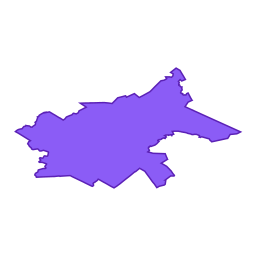 the district of Tilžas pag., Balvu, Latvia
{"feature_id": "27541924B42747545330517", "entity_name": "Tilžas pag.", "entity_type": "district", "adm_level": 2, "iso_a3": "LVA", "parent_name": "Latvia", "parent_adm1": "Balvu", "projection": "equal_earth", "projection_center": [27.384, 56.906], "detail": "fine", "context": "isolated", "style": "filled", "palette": "violet", "viewbox_px": 256, "rotation_deg": 0, "n_neighbors": 0, "source": "geoboundaries", "source_scale": "gbopen_adm2", "svg_char_len": 5321}
<svg xmlns="http://www.w3.org/2000/svg" viewBox="0 0 256 256"><path d="M156.8,187.6L158.2,186.9L159.1,186.3L164.0,185.1L164.5,184.9L165.2,184.2L165.8,180.2L165.6,180.0L165.3,180.0L166.2,179.3L170.6,176.0L174.0,176.0L174.4,175.5L174.3,175.3L174.2,175.1L173.3,174.1L172.5,173.0L171.1,170.9L169.6,169.4L169.2,168.9L168.5,168.3L168.0,167.7L166.6,166.3L161.8,163.5L161.6,163.4L161.2,163.2L163.5,161.8L167.5,159.3L167.3,159.1L167.2,159.0L167.2,158.8L167.1,158.2L166.7,157.4L166.5,157.0L165.2,153.7L153.0,153.3L149.1,152.2L148.9,152.3L147.8,151.9L148.9,151.0L149.4,150.5L149.4,150.4L148.4,148.4L148.4,147.9L149.0,147.3L148.8,147.1L150.2,146.0L150.6,146.4L150.8,146.5L154.9,145.1L156.7,143.8L159.0,141.4L157.7,140.6L157.7,140.4L158.9,139.6L159.2,139.5L159.7,139.8L160.5,139.6L161.2,139.3L161.5,138.8L162.6,138.5L163.1,138.1L163.4,138.0L163.7,138.0L165.1,138.5L165.4,138.0L165.2,137.7L166.0,137.2L166.3,137.0L165.9,136.5L165.7,136.6L165.2,135.6L164.9,135.5L165.7,135.1L167.4,135.0L168.3,134.9L168.5,135.3L170.1,134.8L170.7,134.7L171.7,135.7L172.5,135.5L172.4,135.5L171.9,134.7L173.7,134.2L173.5,133.8L172.3,131.4L172.7,131.4L172.9,131.5L173.8,131.2L178.0,131.2L178.5,131.2L178.8,131.3L179.1,131.4L180.6,131.6L181.6,131.9L182.2,132.0L182.8,132.1L183.9,132.3L184.5,132.4L185.2,132.5L186.5,132.8L187.9,133.4L188.9,133.6L189.3,133.7L189.8,133.8L190.2,133.8L190.4,133.9L190.8,134.0L191.3,134.3L191.8,134.5L192.1,134.6L192.4,134.6L193.3,134.5L193.8,134.5L194.6,134.3L196.6,134.4L199.5,135.6L199.5,135.9L199.5,136.0L199.3,136.2L199.3,136.4L199.3,136.6L199.3,136.8L199.1,137.1L199.4,137.2L199.5,137.2L199.9,137.2L200.0,137.2L200.3,137.2L200.4,137.3L200.5,137.2L201.8,136.8L209.3,138.9L210.1,140.4L210.7,140.7L210.7,140.8L210.8,140.9L211.7,141.8L213.6,141.4L225.1,138.9L226.4,138.6L227.7,138.4L228.0,138.0L229.7,135.2L230.2,134.4L232.0,134.3L236.8,133.8L237.9,133.3L240.6,131.9L235.3,129.5L202.8,114.8L185.0,106.7L185.6,105.8L188.1,102.1L192.1,100.3L192.0,100.2L190.6,97.8L190.2,97.0L189.2,95.1L188.1,93.0L187.8,93.1L186.6,93.7L186.0,94.9L185.8,95.0L184.9,94.9L184.5,94.9L184.0,95.1L183.9,95.1L182.8,94.6L182.5,94.4L182.8,93.7L182.7,93.6L181.6,93.3L180.9,93.1L180.6,92.8L181.0,91.7L181.1,90.8L182.1,90.1L182.0,89.4L182.1,89.1L181.7,88.3L182.0,87.0L180.9,86.9L180.1,86.3L179.6,85.0L179.2,84.6L178.8,84.9L178.7,83.8L179.3,82.7L179.0,82.2L178.4,81.4L179.5,80.2L180.1,79.6L181.7,81.0L185.4,79.5L183.0,75.4L181.7,73.3L180.0,70.4L176.1,68.1L170.6,72.4L173.2,73.9L172.9,75.9L171.5,77.3L169.7,76.9L165.6,76.9L166.7,78.7L165.7,79.3L164.2,80.2L160.9,80.8L154.7,86.9L152.1,89.6L151.0,90.7L149.8,91.8L142.7,95.7L139.2,97.5L134.4,93.6L133.3,94.1L132.6,94.4L126.5,97.2L125.6,95.8L124.3,96.1L121.7,96.8L117.7,97.8L114.8,100.8L114.0,101.6L113.5,102.1L112.1,103.5L108.4,103.0L105.2,102.7L104.5,102.6L104.4,102.6L99.5,102.7L96.7,102.8L92.5,102.9L90.2,102.9L90.2,103.0L86.2,103.0L80.3,103.2L82.4,104.6L85.2,106.4L86.2,107.2L79.1,110.8L78.2,112.8L76.2,113.9L73.7,113.3L73.3,113.3L72.0,114.7L71.8,114.9L69.7,115.6L66.4,117.0L66.0,117.5L64.9,118.9L63.2,120.1L62.0,119.3L59.8,117.9L59.5,117.9L57.4,116.6L56.5,116.1L55.8,115.6L53.7,114.4L49.5,111.9L45.0,112.7L45.3,112.3L44.0,112.5L41.1,114.1L39.2,115.3L38.7,116.4L37.4,116.9L37.7,117.5L36.4,121.2L35.1,122.3L35.6,122.8L35.4,124.1L35.3,124.7L32.7,126.5L32.1,127.1L31.9,127.0L31.0,127.2L29.4,126.0L26.0,125.6L25.9,125.5L25.6,126.0L25.3,126.2L24.2,126.4L24.0,126.5L23.6,126.8L22.0,128.8L20.4,129.0L18.5,129.5L17.3,130.1L16.2,130.9L15.4,131.6L18.5,133.3L30.4,140.7L28.7,141.8L28.6,142.0L27.7,143.8L28.6,144.8L28.8,145.2L29.5,146.5L31.0,147.6L31.4,148.5L31.6,149.0L32.5,149.4L32.8,149.6L33.2,149.6L37.5,148.9L38.1,149.2L38.5,149.5L39.4,150.7L39.6,150.9L40.5,151.0L41.1,150.9L41.5,150.9L42.0,150.7L43.1,150.4L43.5,150.3L46.5,151.3L47.6,151.7L48.1,151.9L48.4,152.0L48.5,152.3L47.8,155.6L47.6,156.0L47.2,156.2L46.9,156.2L46.7,156.2L44.8,155.9L44.5,155.9L44.3,156.0L44.0,156.2L43.9,156.5L43.4,157.3L43.3,157.6L43.0,157.9L42.8,158.1L42.5,158.2L42.4,158.2L41.1,157.9L40.1,157.7L39.6,158.2L39.5,158.4L39.5,158.5L39.7,158.9L40.4,159.7L40.6,159.9L40.7,160.0L40.7,160.3L40.5,160.5L38.9,161.8L39.0,162.0L39.3,162.2L39.7,162.4L39.9,162.4L40.5,162.3L41.0,162.3L42.5,162.4L46.3,163.8L46.5,163.9L46.6,164.0L46.4,164.5L45.0,166.2L44.9,166.3L45.0,166.7L45.9,167.9L45.9,168.1L45.6,168.4L45.2,168.5L43.4,168.5L43.2,168.5L38.5,169.9L38.2,170.1L37.9,171.8L37.7,172.0L36.9,172.5L35.4,173.4L34.8,174.9L34.8,175.0L35.4,175.6L36.7,176.9L36.8,177.0L36.7,177.2L42.8,176.9L52.9,176.5L54.4,176.5L57.8,176.1L58.4,176.1L59.0,175.9L59.9,176.3L60.0,176.2L63.3,176.0L68.0,175.7L70.2,175.6L70.3,175.6L71.0,176.0L72.1,176.6L83.6,182.1L84.9,182.8L91.7,186.1L92.4,186.3L92.7,186.1L93.5,185.6L93.5,185.3L93.5,184.9L93.4,184.4L93.1,183.8L93.1,183.6L93.4,183.0L93.8,182.7L94.6,182.5L94.9,182.4L95.0,182.1L95.1,181.9L95.2,181.7L95.3,181.6L95.5,181.5L96.2,181.3L96.4,181.1L96.6,181.0L97.0,180.6L97.5,180.2L98.1,179.2L98.4,179.2L103.5,182.1L104.2,182.5L104.3,182.5L106.8,183.9L111.3,186.5L113.3,187.5L113.5,187.6L114.0,187.9L114.6,187.5L115.4,187.0L116.7,186.2L117.6,185.5L118.4,184.9L120.2,183.6L123.0,181.3L125.5,179.3L130.0,175.8L130.5,175.4L134.9,171.7L135.5,171.7L138.4,169.3L139.6,168.3L142.8,170.1L144.9,171.3L145.5,172.2L147.7,175.2L150.0,178.3L151.9,181.0L152.9,182.3L154.3,183.9L156.8,187.6Z" fill="#8b5cf6" stroke="#5b21b6" stroke-width="1.5"/></svg>